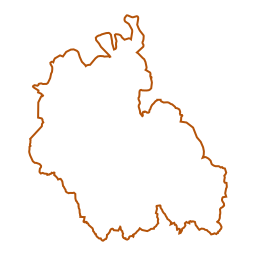 the district of Ra, Western, Fiji
{"feature_id": "14151628B53541640625043", "entity_name": "Ra", "entity_type": "district", "adm_level": 2, "iso_a3": "FJI", "parent_name": "Fiji", "parent_adm1": "Western", "projection": "equal_earth", "projection_center": [178.211, -17.485], "detail": "fine", "context": "isolated", "style": "outline", "palette": "amber", "viewbox_px": 256, "rotation_deg": 0, "n_neighbors": 0, "source": "geoboundaries", "source_scale": "gbopen_adm2", "svg_char_len": 5796}
<svg xmlns="http://www.w3.org/2000/svg" viewBox="0 0 256 256"><path d="M58.1,179.5L59.8,178.9L60.6,178.9L60.9,179.2L62.3,181.4L63.1,186.1L63.7,186.6L64.7,188.6L65.5,189.7L65.7,191.1L66.5,192.2L68.7,193.2L70.0,192.9L72.5,193.0L73.9,192.7L75.3,193.9L75.4,198.4L76.0,200.8L76.7,201.3L77.7,203.3L78.4,204.0L78.6,205.2L78.4,206.1L78.7,206.7L78.7,207.9L79.5,209.5L79.7,213.1L80.1,214.1L80.0,215.0L80.5,215.6L80.3,216.9L84.6,217.1L84.2,219.1L84.0,220.4L83.5,221.1L83.7,221.9L84.7,222.3L85.5,221.8L86.5,221.9L86.8,222.2L86.7,223.1L88.1,223.5L88.8,225.1L92.5,228.3L93.0,229.6L93.2,231.2L93.8,231.7L95.3,234.2L95.8,234.1L96.5,236.1L97.0,236.7L99.2,238.5L100.7,238.4L101.6,240.0L102.5,240.6L103.3,240.6L104.7,239.4L106.0,239.0L106.8,237.3L107.0,234.8L107.9,234.3L109.5,232.3L110.5,229.8L111.3,229.0L112.3,228.7L112.9,228.9L113.8,230.2L118.3,230.6L120.2,226.8L120.5,227.1L120.7,228.9L121.2,230.2L122.3,231.2L122.5,232.7L123.1,233.5L122.6,235.3L123.0,237.1L123.8,238.1L125.4,238.2L125.4,239.0L127.1,239.6L128.5,238.9L129.0,238.0L129.3,236.9L129.9,236.4L131.6,236.0L132.7,236.2L133.3,236.7L133.6,236.0L132.9,235.4L133.0,234.8L133.6,234.7L134.2,234.0L135.6,233.3L137.1,231.4L138.6,230.1L139.8,228.3L142.1,230.0L147.3,231.1L149.7,229.9L150.9,228.9L153.9,228.7L153.9,228.2L154.2,227.5L156.2,226.0L156.6,225.1L158.3,223.1L157.9,222.4L157.9,221.8L157.9,220.3L158.2,219.4L157.7,218.0L157.1,217.0L157.5,214.1L155.9,213.1L157.0,208.9L156.5,206.2L156.8,205.9L160.0,205.4L160.6,206.1L160.4,207.0L160.6,207.7L162.2,210.1L162.6,211.4L164.0,213.3L164.9,214.0L166.2,216.7L166.7,217.2L167.4,218.9L169.1,220.1L171.4,222.5L170.9,222.8L171.0,223.5L170.7,224.4L174.2,222.8L174.5,223.3L174.9,224.8L175.9,224.8L176.6,225.9L177.1,229.8L177.4,229.8L177.7,229.1L178.9,228.7L179.9,229.3L180.0,230.3L179.4,232.5L179.3,233.4L180.6,232.9L181.9,230.6L182.2,228.7L184.0,227.6L184.9,226.3L185.4,225.5L184.9,223.3L186.4,222.0L187.3,222.7L188.1,222.6L189.4,223.3L189.6,221.8L189.5,221.5L190.5,221.1L190.9,221.2L191.7,221.8L192.8,221.3L194.9,221.9L195.8,225.3L197.1,226.7L197.4,227.4L199.3,229.8L201.5,228.6L203.9,228.9L204.9,229.7L207.1,230.2L207.7,231.1L209.6,232.4L211.2,234.4L213.4,233.9L214.3,233.3L216.3,234.0L216.6,233.4L217.9,233.1L218.2,231.6L219.3,231.2L220.1,229.7L220.9,229.0L221.4,227.9L221.5,226.9L220.4,224.5L219.1,222.9L217.4,222.2L217.2,221.8L218.8,220.5L219.8,218.1L219.9,214.6L220.2,214.1L220.3,212.4L220.0,209.3L220.9,208.0L222.9,206.9L223.1,206.3L223.9,205.9L224.1,205.5L223.9,203.5L222.4,201.2L222.0,200.1L222.0,199.4L222.4,197.9L222.9,197.2L226.2,196.7L225.2,193.3L226.1,188.5L226.7,187.4L226.8,186.4L226.5,182.9L224.9,182.7L224.2,181.6L224.3,179.9L224.8,177.5L224.3,175.7L225.4,174.4L226.2,172.6L224.9,168.5L222.9,168.1L222.3,167.2L221.9,167.1L220.9,167.5L220.5,167.4L219.4,166.5L218.5,166.2L215.5,166.2L214.0,165.7L212.5,164.8L211.6,163.9L210.6,160.7L208.5,158.6L206.2,157.3L205.0,157.0L202.6,157.8L203.7,155.1L203.9,151.3L203.1,147.3L200.7,141.8L196.9,137.3L193.1,127.6L186.5,122.5L180.6,121.6L181.1,119.6L181.2,117.2L182.3,115.7L182.0,115.0L180.3,114.8L179.9,113.4L180.2,112.2L180.0,111.1L179.3,109.4L177.4,108.3L175.6,108.0L175.0,106.8L172.2,104.4L170.9,104.0L168.7,102.6L167.4,102.3L163.6,102.5L161.2,101.3L160.6,100.4L160.6,99.8L157.3,99.8L157.3,100.2L155.5,101.2L153.7,103.4L152.2,104.8L151.1,106.7L150.2,109.3L149.5,110.1L149.2,112.1L148.4,112.7L147.1,112.7L146.8,112.3L145.1,111.5L144.5,111.5L144.3,112.0L143.2,111.9L142.5,112.9L142.8,115.7L142.3,116.1L140.2,113.3L139.9,110.7L138.7,106.8L138.8,105.2L139.8,103.6L139.8,103.0L139.7,101.8L138.6,99.5L138.5,97.9L139.2,96.8L139.5,94.0L139.4,93.1L139.6,91.1L140.3,90.1L141.1,89.9L142.3,90.4L146.6,90.5L148.8,90.2L149.9,89.6L151.2,88.3L151.9,82.6L151.6,80.9L150.8,78.0L151.4,77.9L151.5,77.4L151.3,76.9L150.3,76.2L150.3,74.8L150.5,74.5L150.4,73.2L150.0,72.5L145.6,69.9L146.3,68.9L146.6,67.4L145.5,62.1L144.2,59.2L142.8,58.1L138.2,53.4L136.9,52.5L143.2,46.8L143.4,46.3L143.5,45.0L142.5,43.1L142.5,42.1L143.1,40.9L143.5,39.1L143.7,36.0L143.5,35.3L139.8,30.6L138.4,27.8L137.2,24.7L138.2,18.7L138.1,17.2L137.6,16.5L136.8,16.2L132.9,17.3L131.7,17.1L127.7,15.4L126.7,15.4L125.6,16.7L124.7,18.0L124.5,19.5L124.7,20.7L125.3,21.6L128.8,23.9L132.0,29.6L132.2,30.5L132.2,31.9L131.0,39.3L130.3,38.7L128.9,38.3L124.5,39.7L122.0,37.5L121.0,35.7L119.8,34.9L118.2,34.4L115.8,34.2L114.9,34.9L115.1,36.3L116.4,40.5L116.5,41.6L116.1,42.6L116.0,45.0L116.2,46.3L116.1,47.8L115.5,48.9L114.0,49.5L112.2,43.4L112.1,41.3L110.9,34.7L109.6,33.3L108.8,32.9L106.2,33.1L101.6,34.4L100.3,35.2L98.5,35.6L96.8,36.6L95.8,37.8L96.2,40.2L99.0,43.5L100.9,46.8L109.5,55.6L110.2,56.7L109.6,57.0L108.9,56.3L104.2,56.6L103.3,56.2L100.1,56.0L97.9,56.4L95.5,58.3L90.1,64.8L88.6,64.9L86.5,65.4L85.8,66.1L85.1,65.0L81.9,61.8L79.8,57.1L78.3,52.2L76.9,50.8L73.7,49.4L70.8,49.6L66.2,51.9L62.9,56.5L60.0,55.4L54.9,58.4L54.1,59.8L53.3,62.2L52.8,61.8L51.6,61.8L50.4,62.7L50.5,64.0L52.2,67.0L52.3,69.0L52.0,71.9L51.1,73.6L50.2,78.1L47.9,82.9L46.6,83.9L42.9,84.0L41.2,83.4L40.5,83.5L39.0,83.8L38.6,84.2L38.4,85.0L37.5,85.7L34.5,85.2L33.2,86.0L33.0,86.7L34.2,87.8L38.5,90.5L38.4,91.5L38.0,92.3L38.1,92.5L39.0,92.7L41.5,93.9L42.0,95.5L42.8,95.3L43.0,95.6L42.5,96.2L41.3,96.4L41.0,96.8L38.3,102.4L38.1,117.6L41.7,118.4L42.5,119.6L42.5,120.7L43.3,122.4L42.3,123.4L42.0,124.2L41.8,126.3L30.1,139.0L30.6,140.0L30.4,140.8L30.4,142.8L30.1,143.6L29.9,145.0L30.5,145.9L29.5,146.8L29.5,149.3L29.2,151.4L29.3,152.5L30.1,155.3L32.8,161.2L34.7,162.8L36.4,162.9L39.6,164.1L41.0,165.7L41.1,166.1L41.0,167.1L39.9,168.7L39.5,171.4L39.7,172.3L40.8,173.5L42.7,172.9L44.3,173.6L46.9,173.8L47.2,174.0L47.3,174.9L47.7,174.9L48.6,174.5L49.2,174.6L49.9,174.0L50.7,173.9L51.2,173.6L51.6,172.8L52.3,173.1L54.0,172.5L54.4,172.7L54.2,175.0L54.9,175.3L55.1,175.8L56.0,176.5L57.4,178.1L58.1,179.5Z" fill="none" stroke="#b45309" stroke-width="2"/></svg>